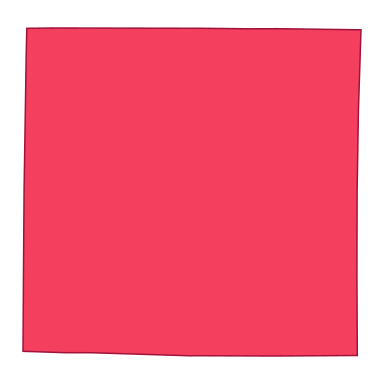 the district of Jefferson, Wisconsin, United States of America
{"feature_id": "52423323B37691969207110", "entity_name": "Jefferson", "entity_type": "district", "adm_level": 2, "iso_a3": "USA", "parent_name": "United States of America", "parent_adm1": "Wisconsin", "projection": "equal_earth", "projection_center": [-88.78, 43.02], "detail": "fine", "context": "isolated", "style": "filled", "palette": "rose", "viewbox_px": 384, "rotation_deg": 0, "n_neighbors": 0, "source": "geoboundaries", "source_scale": "gbopen_adm2", "svg_char_len": 378}
<svg xmlns="http://www.w3.org/2000/svg" viewBox="0 0 384 384"><path d="M26.8,28.3L26.2,55.0L24.1,188.9L23.5,270.2L23.0,351.3L65.3,352.7L90.3,352.7L190.5,355.8L194.3,355.7L246.4,355.9L274.0,356.0L357.3,355.5L356.9,274.3L357.1,192.7L358.4,111.3L361.0,29.8L360.9,29.8L277.3,28.7L249.4,28.8L202.7,28.3L53.9,28.0L26.8,28.3Z" fill="#f43f5e" stroke="#9f1239" stroke-width="1.5"/></svg>